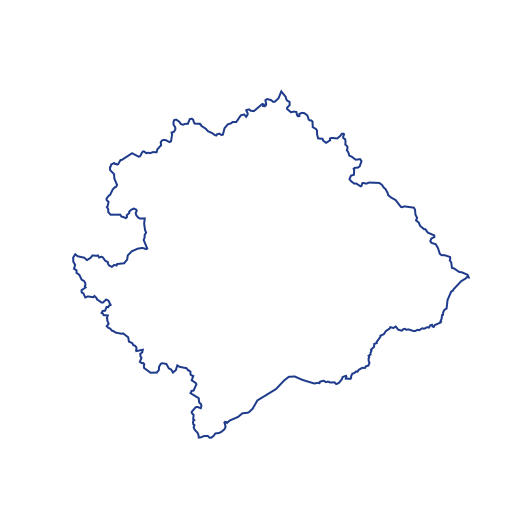 Huiliches, Neuquén, Argentina (Equal Earth projection), rotated 326°
{"feature_id": "61730980B75660067581001", "entity_name": "Huiliches", "entity_type": "district", "adm_level": 2, "iso_a3": "ARG", "parent_name": "Argentina", "parent_adm1": "Neuquén", "projection": "equal_earth", "projection_center": [-71.371, -39.778], "detail": "fine", "context": "isolated", "style": "outline", "palette": "blue", "viewbox_px": 512, "rotation_deg": 326, "n_neighbors": 0, "source": "geoboundaries", "source_scale": "gbopen_adm2", "svg_char_len": 6128}
<svg xmlns="http://www.w3.org/2000/svg" viewBox="0 0 512 512"><g transform="rotate(326 256 256)"><path d="M369.0,133.7L362.9,137.8L358.0,138.6L356.4,137.8L355.7,135.2L353.0,132.1L350.9,132.1L349.4,135.8L348.3,136.7L346.9,136.7L345.8,135.7L346.2,135.2L346.9,135.6L347.3,134.8L346.2,133.5L335.3,134.7L332.8,132.6L332.2,130.6L329.7,129.6L329.3,129.9L328.9,133.1L328.1,134.1L325.7,135.1L325.3,132.0L322.1,130.9L314.5,133.9L311.5,131.8L309.8,132.1L306.2,131.1L301.3,132.5L296.5,136.8L295.8,136.7L295.1,136.4L294.0,134.1L291.7,133.3L290.5,133.9L289.6,132.9L288.1,129.1L286.0,125.8L285.5,122.4L283.4,117.4L283.8,116.2L283.1,115.3L283.3,114.9L279.3,112.1L279.1,111.2L280.1,107.8L279.6,106.3L277.6,105.5L273.5,108.3L271.1,106.8L269.0,106.4L267.5,104.6L267.5,101.8L266.1,98.3L264.2,97.6L262.8,98.5L261.1,100.9L260.9,104.4L260.0,105.9L257.3,107.2L255.1,106.4L254.6,108.1L249.7,113.4L248.0,113.2L246.0,109.5L244.3,108.1L242.6,107.7L240.6,108.4L239.3,111.1L233.9,112.4L231.6,114.4L228.8,112.3L225.6,111.5L224.6,110.2L222.5,109.4L221.8,107.0L221.0,106.2L219.5,106.4L216.0,108.4L214.4,108.2L210.7,101.5L198.4,101.3L197.3,100.7L193.0,102.8L191.9,102.5L191.4,101.2L190.5,100.8L190.4,99.6L187.0,99.2L185.5,100.6L184.6,100.7L183.1,103.3L184.1,108.8L181.9,112.5L180.5,119.5L178.4,120.5L177.3,120.0L174.5,120.7L169.1,123.8L167.8,123.6L164.2,124.8L163.5,126.0L164.0,128.7L161.1,131.5L159.7,132.1L159.7,134.5L158.1,136.9L158.5,140.4L166.5,145.8L166.5,148.2L167.9,149.5L169.2,151.8L170.8,151.6L171.7,149.9L175.0,149.5L175.7,148.3L178.3,147.9L181.3,148.4L182.6,150.6L182.4,151.9L180.3,153.0L179.5,155.4L179.9,158.5L181.0,160.3L184.8,162.6L181.3,166.7L178.5,172.5L178.0,175.1L175.3,176.4L174.2,178.2L171.8,180.0L170.0,189.0L168.8,188.9L166.4,185.8L162.1,183.8L155.6,182.6L150.0,183.8L147.2,186.9L142.6,188.3L136.4,185.0L135.1,185.9L133.5,184.1L130.4,184.4L128.8,181.4L129.1,179.2L129.8,178.3L128.4,175.7L128.2,171.4L127.5,170.2L125.1,169.5L125.3,167.1L123.9,166.7L120.8,164.1L117.8,165.0L113.6,164.9L112.7,161.4L108.0,156.5L107.1,153.5L103.5,155.1L101.4,158.5L101.1,162.2L98.0,164.8L99.2,167.5L97.8,169.6L99.0,172.8L98.2,178.1L99.4,180.4L99.4,182.7L98.4,184.6L97.2,185.3L97.2,186.8L92.2,186.8L91.1,188.7L92.0,190.6L91.3,194.9L94.0,195.5L98.1,199.2L99.7,198.8L100.3,202.0L99.9,203.0L102.0,208.3L103.1,209.0L107.4,208.3L108.7,210.4L108.1,215.3L106.3,215.0L104.9,215.8L103.6,214.7L100.3,217.0L98.2,215.8L96.1,216.9L96.8,218.0L96.6,219.8L99.9,222.4L97.5,224.2L97.5,225.2L96.7,226.1L95.9,229.8L93.0,230.7L93.5,233.1L94.5,234.6L94.8,237.4L95.8,238.4L96.8,241.0L101.3,245.5L102.5,245.8L104.6,251.9L102.8,255.9L104.7,259.0L104.4,261.4L105.5,262.7L105.7,264.0L105.5,265.6L104.1,266.8L103.6,267.9L109.7,270.4L107.9,272.2L105.2,272.5L104.1,274.8L104.1,276.4L100.5,278.8L101.4,281.0L102.7,281.7L102.9,283.3L101.6,284.3L100.6,286.3L103.3,293.8L108.6,297.2L111.8,296.1L113.6,293.7L116.9,292.1L118.5,292.6L121.3,295.4L120.9,300.4L122.2,302.7L122.0,306.2L125.8,305.7L129.6,302.7L130.8,305.3L135.7,310.2L135.8,313.1L136.6,313.6L136.9,315.5L135.7,317.0L135.5,318.4L136.9,320.4L133.2,323.1L135.0,327.5L134.9,329.0L129.0,332.7L127.2,331.8L125.0,333.1L129.0,341.9L127.2,345.1L127.1,346.8L127.6,347.7L127.0,349.7L125.1,351.3L122.9,348.2L121.3,347.7L115.6,349.2L115.0,350.3L115.4,352.8L112.7,356.2L113.1,357.5L111.5,357.8L110.6,358.9L109.9,360.5L110.4,361.8L108.4,363.3L108.0,365.9L108.7,369.8L108.2,372.3L107.0,374.5L109.1,375.6L111.8,376.0L115.4,378.2L115.9,380.6L117.2,381.6L120.0,381.5L123.0,380.4L126.8,382.2L129.5,382.4L132.9,382.0L134.6,381.1L135.5,380.1L136.6,376.7L137.5,377.2L137.8,376.4L138.8,377.3L138.8,378.2L142.3,377.7L151.2,379.4L156.7,378.8L161.7,381.4L163.2,381.5L167.9,380.7L176.4,376.5L198.1,377.5L209.9,374.9L215.6,374.5L220.7,377.5L225.0,384.4L233.0,394.3L236.5,395.8L237.5,396.9L238.9,396.0L242.3,397.2L243.5,399.7L245.5,400.4L246.8,402.4L250.5,404.7L250.7,406.6L251.2,407.2L254.1,407.5L258.3,406.2L260.1,404.8L263.6,405.6L263.4,406.7L261.9,407.9L265.5,410.6L266.5,410.4L267.7,408.8L270.1,407.4L271.8,408.0L274.5,407.7L275.4,408.7L277.5,407.8L281.5,408.1L284.0,409.8L285.4,408.9L287.9,409.7L290.3,408.1L290.7,406.1L292.1,403.8L293.2,403.4L293.6,401.6L295.8,401.8L296.8,400.3L298.7,399.2L298.9,398.0L303.1,397.3L304.9,395.0L307.4,395.7L308.0,394.7L313.9,392.6L314.6,391.6L318.2,392.3L321.8,390.8L326.2,390.9L327.6,390.1L329.6,392.5L332.4,392.6L332.7,396.6L335.0,399.4L337.5,399.1L338.8,399.7L339.3,401.2L341.5,402.2L344.7,406.4L346.1,407.2L348.6,407.5L349.8,408.8L353.4,408.9L354.7,410.3L358.1,410.8L359.4,412.1L361.6,410.9L363.4,411.4L362.9,413.1L363.6,414.2L365.4,413.2L372.0,414.4L372.6,414.1L372.4,413.3L374.7,411.9L377.2,409.0L378.1,409.3L379.9,407.2L382.1,406.0L384.6,406.1L390.2,399.6L398.0,394.6L399.6,394.9L401.1,394.1L412.1,391.6L417.4,391.9L419.0,391.4L420.4,392.7L420.9,389.9L417.6,384.7L415.5,382.8L413.3,377.2L411.8,375.4L414.2,370.6L414.3,367.8L415.7,366.8L416.3,365.3L412.8,360.8L410.3,359.1L409.6,356.9L411.3,351.2L411.6,346.7L408.9,343.4L408.8,341.1L411.1,339.6L414.5,340.0L415.3,338.6L411.5,332.7L411.4,328.5L410.3,327.7L408.9,322.8L409.6,319.2L408.6,316.0L410.9,314.4L411.3,310.9L413.7,306.6L413.9,304.2L406.7,297.8L404.5,297.3L403.6,296.4L403.0,287.6L400.8,283.3L399.6,279.4L400.3,277.8L400.8,273.0L400.2,270.7L400.2,267.4L399.1,264.4L390.9,258.4L387.9,257.7L385.5,255.2L384.6,255.2L382.6,256.9L381.6,256.7L379.6,251.9L378.0,251.0L376.8,247.7L376.4,244.8L377.0,244.1L379.7,242.5L382.6,243.4L385.6,239.4L385.7,238.3L387.0,238.1L390.0,239.7L392.0,239.7L396.5,236.4L396.5,234.0L392.5,231.9L390.9,227.2L389.5,225.0L390.5,221.6L390.5,219.0L391.8,218.2L393.0,216.3L392.4,213.5L394.1,211.4L395.2,209.0L394.3,207.1L394.9,205.9L397.0,204.4L397.0,203.6L395.5,202.7L392.4,203.7L389.0,203.9L384.9,200.5L383.0,200.0L382.1,201.5L377.4,201.4L376.2,197.8L376.7,196.0L373.3,193.3L374.5,189.6L376.8,185.9L376.7,184.2L375.1,180.9L378.0,176.2L377.7,174.6L376.4,173.6L376.0,172.4L377.2,168.2L375.9,164.5L373.9,162.9L371.3,162.5L370.2,164.2L369.0,163.7L368.8,162.2L370.0,159.2L368.2,157.5L365.4,156.4L364.0,151.5L364.7,150.5L368.4,149.6L370.0,147.0L368.8,144.7L368.7,143.2L369.6,140.7L369.0,133.7Z" fill="none" stroke="#1e3a8a" stroke-width="2"/></g></svg>